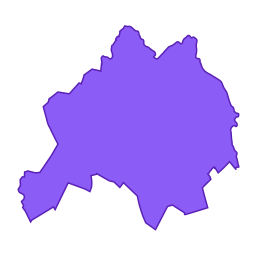 outline of Giulvaz, Timis, Romania, rotated 269°
{"feature_id": "2599482B83282786366708", "entity_name": "Giulvaz", "entity_type": "district", "adm_level": 2, "iso_a3": "ROU", "parent_name": "Romania", "parent_adm1": "Timis", "projection": "natural_earth1", "projection_center": [20.989, 45.536], "detail": "fine", "context": "isolated", "style": "filled", "palette": "violet", "viewbox_px": 256, "rotation_deg": 269, "n_neighbors": 0, "source": "geoboundaries", "source_scale": "gbopen_adm2", "svg_char_len": 5891}
<svg xmlns="http://www.w3.org/2000/svg" viewBox="0 0 256 256"><g transform="rotate(269 128 128)"><path d="M186.7,203.4L188.1,202.8L189.1,202.5L189.9,202.4L190.4,202.2L191.4,201.8L192.1,201.4L192.4,201.2L193.0,201.1L194.6,201.2L195.4,200.9L195.8,200.5L196.1,200.1L196.2,198.7L196.6,197.9L196.8,197.5L197.3,197.2L197.6,197.1L198.1,197.0L198.5,196.9L200.0,197.2L200.5,197.4L201.8,197.7L202.8,197.8L203.6,197.9L205.0,198.0L205.7,198.0L206.8,197.8L209.6,197.6L210.7,197.8L211.7,198.0L213.0,198.4L213.9,198.4L214.8,198.3L215.5,198.0L215.9,197.7L216.6,196.9L217.4,195.9L217.6,195.5L217.7,195.2L217.7,194.7L217.6,194.2L217.3,193.8L217.1,193.2L217.4,192.5L217.8,192.1L218.7,191.6L219.0,191.3L219.3,190.9L219.4,190.6L219.4,189.9L219.3,189.6L219.2,189.2L218.2,188.2L217.4,187.5L217.0,186.9L216.7,186.3L216.2,185.7L215.5,185.2L214.9,184.8L213.4,184.2L212.9,184.1L212.6,184.0L211.6,183.3L211.4,183.0L211.3,182.6L211.4,182.3L211.5,181.9L212.1,181.1L212.7,180.5L213.2,180.0L213.3,179.7L213.3,179.1L213.3,178.8L213.0,178.2L211.5,176.2L211.0,175.6L210.4,174.8L210.1,174.1L209.3,172.5L209.0,171.8L208.8,171.3L208.7,170.8L208.6,170.4L208.3,170.0L208.0,169.7L206.7,168.5L204.0,165.9L202.3,164.5L201.3,163.4L201.0,163.1L197.6,159.8L197.0,159.1L196.9,158.8L196.7,158.2L196.6,157.8L196.7,157.6L196.9,157.1L197.3,156.4L197.7,155.8L198.1,155.3L198.6,154.9L198.8,154.9L198.9,155.0L199.3,155.4L199.5,155.7L199.7,155.9L200.2,156.4L200.5,156.6L201.1,156.7L201.7,156.7L203.0,156.3L203.8,155.8L204.5,154.7L205.1,153.8L206.0,152.6L208.3,149.9L208.8,148.9L208.9,148.4L209.3,147.4L209.9,146.5L210.4,146.0L210.8,145.7L211.9,145.3L212.4,145.2L213.9,145.3L214.4,145.2L214.9,145.2L215.6,144.9L216.1,144.6L216.3,144.0L216.3,143.8L216.4,143.5L216.7,143.0L217.0,142.7L217.2,142.4L217.9,142.0L219.3,141.6L220.5,141.0L221.2,140.7L222.2,140.5L223.0,140.4L223.4,140.3L223.8,140.2L224.1,140.0L224.4,139.8L224.6,139.5L224.7,139.3L224.8,138.5L224.8,137.9L224.8,137.6L225.4,136.8L225.8,136.4L227.5,134.4L227.8,134.2L228.7,133.2L229.1,132.5L229.5,131.7L229.6,130.9L229.5,129.2L229.7,128.5L229.7,128.0L230.0,127.0L230.1,126.7L229.0,125.9L227.6,125.0L225.9,122.7L225.6,122.6L224.9,121.6L224.7,121.5L224.3,121.5L223.6,121.6L222.9,121.4L222.2,121.4L221.9,121.2L221.7,121.0L220.2,120.7L219.7,120.5L219.4,120.3L219.8,119.7L219.7,119.3L219.5,118.9L219.0,118.4L217.6,117.5L216.8,117.3L216.4,117.4L216.1,117.9L215.9,117.6L215.9,117.4L215.7,117.2L214.7,116.6L214.0,116.2L213.0,115.5L212.8,115.2L211.9,114.8L211.5,114.5L210.8,113.5L210.4,113.2L210.1,113.1L209.3,113.1L206.9,112.7L206.3,112.6L204.9,112.9L204.5,113.0L203.4,113.5L200.4,113.9L199.9,113.9L198.4,113.2L198.2,113.0L197.6,112.2L197.4,111.7L197.4,111.4L197.8,110.6L198.1,109.9L198.4,109.5L199.0,108.9L199.2,108.4L199.8,105.4L200.4,104.6L200.5,104.2L200.3,103.9L200.1,103.6L199.2,102.9L198.6,102.6L198.0,102.5L195.5,102.8L193.1,103.0L192.5,103.0L192.0,102.9L192.1,102.6L191.4,102.6L190.7,102.4L188.4,102.1L188.2,102.1L186.8,101.9L185.8,101.8L185.3,101.7L186.1,99.0L187.3,93.9L187.5,93.1L181.7,85.0L178.1,84.0L173.5,82.2L172.9,81.9L173.1,81.7L173.6,80.9L173.9,79.9L173.5,79.5L167.1,73.5L164.7,71.3L163.2,69.8L163.8,66.5L165.2,58.5L161.5,53.7L159.5,51.1L158.5,49.6L155.0,48.6L151.8,44.8L150.9,43.7L150.6,43.7L140.4,46.3L134.4,47.7L132.0,48.6L131.0,49.1L129.1,50.1L127.4,50.9L127.2,50.9L117.9,55.3L113.1,57.7L103.1,51.7L101.2,50.5L92.5,44.3L89.5,42.3L87.9,41.0L85.4,39.3L85.1,39.2L84.9,36.4L84.8,34.4L86.8,27.1L85.8,23.9L80.9,23.5L81.0,21.5L78.2,19.3L73.5,19.4L72.7,19.6L68.4,17.1L65.5,18.3L64.7,19.9L63.3,22.2L62.7,22.7L62.0,23.1L60.4,23.1L59.4,22.9L58.6,22.5L57.2,21.1L56.8,20.6L56.6,20.3L56.4,20.2L55.5,20.5L54.6,21.0L52.4,22.2L52.0,22.2L50.5,21.3L48.6,22.5L48.2,22.8L46.3,24.1L35.8,29.0L37.6,30.3L37.8,30.5L50.4,52.1L47.6,53.7L74.2,67.2L68.4,82.3L67.5,84.4L65.1,88.8L69.9,90.6L73.8,90.8L75.9,90.8L81.0,90.2L82.4,96.0L82.8,96.0L80.5,100.0L75.5,108.4L74.4,113.0L74.2,113.2L68.7,118.8L73.4,122.5L68.5,127.5L61.8,134.2L60.0,136.1L50.3,138.1L43.5,140.1L40.0,141.2L33.4,143.9L32.8,144.5L32.7,144.4L25.9,153.7L47.9,165.6L48.5,165.9L48.8,166.2L49.0,166.5L50.2,171.2L48.4,173.8L42.2,183.1L40.9,183.0L40.6,183.1L40.5,183.3L40.4,183.6L40.9,185.4L41.6,188.0L44.5,198.1L46.9,206.3L58.9,203.2L67.0,201.3L69.5,203.9L75.2,209.9L77.9,209.1L80.8,207.0L81.4,208.0L81.7,208.3L82.0,208.5L83.3,209.1L83.5,209.3L83.6,209.5L84.2,210.0L84.5,210.5L85.5,210.9L87.5,213.2L86.2,213.9L86.6,214.4L81.6,217.4L85.7,222.0L85.8,222.2L92.5,229.0L89.3,231.5L85.1,234.9L85.2,235.0L84.5,235.5L86.2,234.7L87.0,235.9L87.0,236.2L86.9,236.9L86.9,237.2L86.9,237.3L87.0,237.9L87.1,238.1L87.5,238.1L90.6,237.3L93.6,236.8L94.5,236.6L97.0,235.9L97.5,235.8L98.1,235.8L99.1,236.1L99.3,236.2L100.1,236.4L101.0,236.5L101.5,236.3L102.0,236.0L102.6,235.4L102.9,235.0L103.5,234.6L104.0,234.2L105.0,233.8L107.4,233.0L107.9,232.8L108.6,232.2L108.9,232.1L109.5,231.9L110.4,231.8L111.6,231.8L115.5,231.3L121.2,231.0L122.2,230.9L123.5,230.6L124.1,230.6L124.6,230.6L125.5,230.9L126.0,231.1L127.0,231.7L127.7,232.4L128.2,233.0L128.5,233.9L128.6,234.3L128.2,234.9L127.9,235.3L127.7,235.6L127.6,236.0L127.8,236.5L128.1,236.8L128.5,237.1L128.9,237.2L130.3,237.0L131.2,236.7L132.4,235.6L132.7,235.3L133.3,234.9L133.7,234.8L134.1,234.7L134.7,234.8L135.1,235.0L135.5,235.1L136.7,236.1L137.0,236.5L137.2,238.0L137.3,238.2L137.6,238.5L137.9,238.7L138.9,238.9L139.6,238.9L140.3,238.8L140.4,238.7L140.5,238.5L140.7,237.9L141.1,236.5L141.2,236.1L142.7,234.7L142.9,234.5L143.2,234.4L145.8,234.0L146.6,233.7L147.4,232.9L147.6,232.6L147.9,232.2L148.7,231.5L149.6,231.1L150.5,230.7L152.3,230.1L154.5,229.4L158.6,228.3L160.3,227.8L162.0,227.3L162.6,227.0L163.4,226.4L165.3,225.3L166.1,224.8L166.8,224.4L170.9,222.8L172.2,222.3L173.2,221.4L174.4,220.0L176.3,217.0L177.0,216.1L177.4,215.3L178.1,214.1L179.8,211.7L180.5,210.4L180.9,209.6L181.8,208.1L183.1,206.3L183.7,205.5L184.5,204.9L184.9,204.6L186.7,203.4Z" fill="#8b5cf6" stroke="#5b21b6" stroke-width="1.5"/></g></svg>